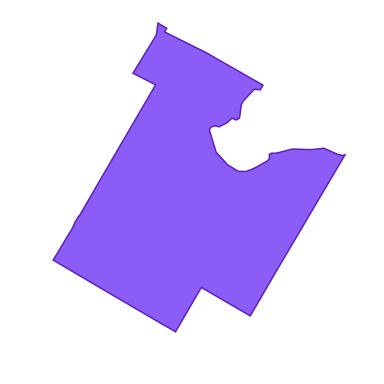 Brown, Wisconsin, United States of America (Natural Earth projection), rotated 30°
{"feature_id": "52423323B36008128098590", "entity_name": "Brown", "entity_type": "district", "adm_level": 2, "iso_a3": "USA", "parent_name": "United States of America", "parent_adm1": "Wisconsin", "projection": "natural_earth1", "projection_center": [-88.012, 44.46], "detail": "fine", "context": "isolated", "style": "filled", "palette": "violet", "viewbox_px": 384, "rotation_deg": 30, "n_neighbors": 0, "source": "geoboundaries", "source_scale": "gbopen_adm2", "svg_char_len": 817}
<svg xmlns="http://www.w3.org/2000/svg" viewBox="0 0 384 384"><g transform="rotate(30 192 192)"><path d="M305.9,83.4L304.3,84.9L299.9,86.5L284.3,88.2L274.1,95.7L257.3,104.7L245.8,116.1L241.4,118.7L240.2,120.6L242.3,124.5L242.5,124.8L241.4,127.9L234.1,140.2L228.5,147.3L223.6,149.9L221.6,151.0L209.1,150.6L192.9,145.4L179.0,132.4L175.7,129.3L176.3,125.8L178.7,123.3L182.9,122.0L187.8,114.3L189.7,108.2L194.6,107.3L196.1,104.1L191.1,91.7L190.9,87.8L194.5,71.9L200.1,69.3L200.1,64.0L134.5,64.3L89.5,67.0L88.1,67.0L88.2,62.8L82.7,62.8L78.1,62.7L82.6,73.9L81.5,118.6L106.9,117.4L106.4,232.3L106.4,258.4L106.4,269.7L106.0,269.7L105.9,272.8L105.8,276.8L106.5,282.8L105.8,320.4L175.3,321.0L231.0,321.3L247.6,321.3L247.8,270.0L304.4,270.2L304.6,218.8L305.9,83.4Z" fill="#8b5cf6" stroke="#5b21b6" stroke-width="1.5"/></g></svg>